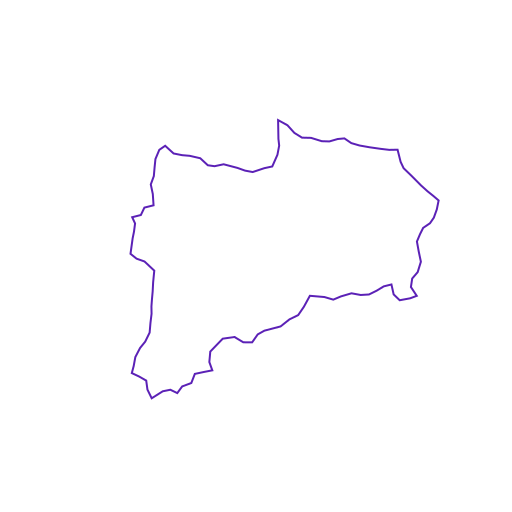 the district of Lagoa Seca, Paraíba, Brazil, rotated 134°
{"feature_id": "56859067B23041586194223", "entity_name": "Lagoa Seca", "entity_type": "district", "adm_level": 2, "iso_a3": "BRA", "parent_name": "Brazil", "parent_adm1": "Paraíba", "projection": "mercator", "projection_center": [-35.864, -7.147], "detail": "fine", "context": "isolated", "style": "outline", "palette": "violet", "viewbox_px": 512, "rotation_deg": 134, "n_neighbors": 0, "source": "geoboundaries", "source_scale": "gbopen_adm2", "svg_char_len": 1582}
<svg xmlns="http://www.w3.org/2000/svg" viewBox="0 0 512 512"><g transform="rotate(134 256 256)"><path d="M314.1,372.0L316.6,365.6L323.2,360.7L329.0,357.0L341.6,347.8L340.9,340.1L337.4,332.4L337.2,319.0L346.4,311.7L353.3,305.7L359.5,300.7L364.9,296.2L370.1,291.0L377.5,285.4L385.0,279.3L394.6,276.2L402.7,275.5L412.5,272.6L420.2,267.5L426.5,264.0L423.9,256.4L421.9,248.4L427.5,241.3L430.8,232.2L418.1,229.1L411.7,224.7L409.3,217.4L401.1,218.5L392.3,214.3L383.3,218.1L375.6,212.9L368.6,208.0L364.7,215.9L356.5,222.5L348.1,222.5L338.6,222.5L329.2,215.2L326.9,205.2L320.8,198.8L311.2,200.3L303.9,198.1L289.6,189.4L278.3,187.9L269.2,184.6L259.2,186.3L247.2,189.6L238.0,178.3L233.7,170.1L226.0,166.8L216.5,161.4L211.3,153.6L205.2,148.0L197.1,145.1L189.1,143.0L182.4,138.8L188.0,130.3L188.0,121.9L179.3,115.7L173.0,112.7L170.7,123.0L163.7,128.0L155.3,128.5L145.6,133.4L139.7,142.1L133.8,150.3L126.3,153.2L119.6,155.3L111.6,153.6L104.9,154.7L96.9,158.3L89.2,163.2L89.6,170.1L90.3,177.6L90.6,186.3L90.3,199.7L90.3,210.8L87.8,217.4L81.2,228.0L87.1,233.9L92.2,240.6L98.8,249.7L104.6,258.3L108.6,265.9L110.0,274.1L115.1,278.5L122.6,282.8L127.7,288.4L132.8,298.5L138.9,305.1L140.8,313.9L140.1,324.2L142.9,334.5L149.6,327.8L156.2,321.2L160.5,316.0L168.3,310.9L180.3,306.5L187.0,311.0L197.9,316.7L202.2,323.2L205.5,330.5L212.5,343.0L220.2,348.2L224.2,353.7L224.4,364.0L230.0,373.3L234.8,379.2L239.5,386.5L239.8,397.9L246.8,399.3L256.1,395.7L262.6,390.6L269.5,385.0L277.6,381.4L283.1,373.3L290.7,364.9L298.7,369.9L306.5,367.3L314.1,372.0Z" fill="none" stroke="#5b21b6" stroke-width="2"/></g></svg>